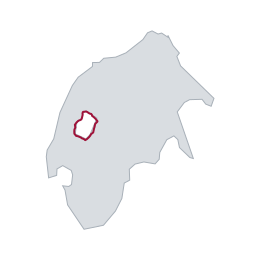 Lesotho highlighted among its neighbors, rotated 162°
{"feature_id": "LSO", "entity_name": "Lesotho", "entity_type": "country or territory", "adm_level": 0, "iso_a3": "LSO", "parent_name": "Africa", "parent_adm1": "", "projection": "natural_earth1", "projection_center": [28.2, -29.612], "detail": "coarse", "context": "with_neighbors", "style": "outline", "palette": "rose", "viewbox_px": 256, "rotation_deg": 162, "n_neighbors": 1, "source": "natural_earth", "source_scale": "50m", "svg_char_len": 1612}
<svg xmlns="http://www.w3.org/2000/svg" viewBox="0 0 256 256"><g transform="rotate(162 128 128)"><path d="M37.1,129.6L42.2,123.0L46.7,126.7L48.7,132.4L60.6,135.9L66.5,134.9L76.2,128.1L75.3,78.8L78.3,80.8L85.1,93.5L84.2,101.6L86.8,106.3L94.7,104.9L105.3,95.0L108.0,88.6L113.3,85.5L123.4,90.8L132.4,91.5L139.5,88.4L142.5,77.9L148.6,76.8L155.6,62.9L165.6,52.9L181.4,43.1L201.1,45.3L209.2,73.5L207.1,88.4L208.0,93.2L202.4,90.7L199.2,91.7L195.1,100.6L195.1,105.2L201.7,112.4L208.2,111.0L210.5,105.0L218.9,105.1L214.6,125.9L211.7,132.0L202.0,140.6L187.9,163.8L167.8,185.6L159.7,191.7L142.8,197.5L141.5,201.2L134.9,199.2L129.5,201.8L117.8,199.2L106.7,200.1L86.5,207.5L80.0,212.5L75.1,212.9L70.4,208.1L66.7,207.9L61.9,201.9L61.4,203.8L59.7,192.4L56.0,183.4L59.4,181.0L58.8,170.8L37.1,129.6ZM180.0,138.7L171.4,130.6L166.3,133.3L154.5,147.0L162.7,157.2L166.6,155.9L168.6,151.6L174.7,149.5L180.0,138.7Z" fill="#d9dde1" stroke="#a8b0b8" stroke-width="1"/><path d="M173.5,150.0L172.4,150.3L170.9,150.3L169.7,150.6L168.9,151.5L167.0,154.6L166.9,155.6L166.5,156.4L166.1,157.0L165.6,157.2L162.7,156.6L161.8,155.8L160.5,154.1L159.9,153.5L158.7,152.8L158.3,151.9L158.4,150.7L157.1,148.8L155.9,146.5L155.0,144.1L155.1,143.6L155.5,143.3L157.7,142.2L158.4,141.3L159.5,139.3L160.2,138.4L162.5,134.5L165.0,133.6L166.4,132.3L168.0,131.3L170.6,130.1L172.3,129.7L172.6,129.9L172.9,130.6L173.4,131.1L174.4,132.0L174.9,132.3L175.9,133.7L178.4,135.8L179.7,136.5L180.7,138.9L180.7,139.5L180.2,141.2L179.6,142.8L179.1,143.5L178.6,144.0L178.0,144.6L177.5,147.5L175.3,149.1L173.5,150.0Z" fill="none" stroke="#9f1239" stroke-width="2"/></g></svg>